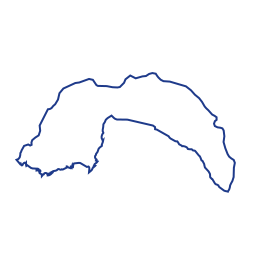 SVG path tracing the border of Antalya, rotated 4°
{"feature_id": "TUR-2271", "entity_name": "Antalya", "entity_type": "Province", "adm_level": 1, "iso_a3": "TUR", "parent_name": "Turkey", "parent_adm1": "", "projection": "equal_earth", "projection_center": [30.734, 36.761], "detail": "fine", "context": "isolated", "style": "outline", "palette": "blue", "viewbox_px": 256, "rotation_deg": 4, "n_neighbors": 0, "source": "natural_earth", "source_scale": "10m", "svg_char_len": 3553}
<svg xmlns="http://www.w3.org/2000/svg" viewBox="0 0 256 256"><g transform="rotate(4 128 128)"><path d="M232.1,184.5L231.8,184.4L229.5,184.1L228.3,183.8L223.4,180.7L222.7,180.0L222.2,179.0L221.1,178.4L219.8,178.1L218.7,177.4L215.7,173.1L215.1,173.0L214.9,172.6L213.7,171.7L213.4,171.2L213.1,168.8L212.9,168.0L211.4,165.7L207.5,162.0L206.7,159.6L206.6,158.9L206.3,158.3L205.6,157.2L204.8,155.9L204.6,155.6L203.8,155.3L203.6,155.2L202.4,152.6L201.6,151.2L200.7,150.6L196.7,146.3L196.2,146.0L195.7,145.9L195.0,145.9L194.3,145.8L193.8,145.4L193.4,145.0L193.0,144.8L190.4,144.9L189.1,144.7L188.6,143.8L187.8,143.1L186.2,142.5L184.4,142.2L183.3,142.4L182.7,141.8L180.2,140.7L178.9,138.8L178.1,137.9L177.3,138.0L176.0,137.8L171.1,135.5L170.0,134.6L169.1,133.4L156.9,127.6L155.1,127.3L154.9,125.2L152.7,123.8L126.9,119.7L116.4,120.3L114.6,119.8L113.3,119.0L110.7,116.8L107.0,119.5L105.3,121.3L104.4,123.9L103.5,125.4L103.2,126.1L103.2,128.7L102.9,131.5L103.0,133.0L103.7,134.3L103.7,134.8L103.1,135.5L102.8,136.2L102.5,137.1L102.3,138.3L102.4,139.8L102.8,140.7L103.3,141.4L103.6,142.4L104.1,141.8L103.9,143.6L103.0,146.6L103.2,147.6L101.0,149.6L100.1,150.9L99.3,153.9L97.9,156.2L97.9,157.0L97.1,158.4L97.2,159.8L97.9,161.0L98.8,161.6L98.3,162.8L100.0,163.4L99.1,164.7L97.3,166.3L96.6,168.0L97.0,168.0L97.3,167.7L97.5,167.9L97.9,168.0L97.3,168.7L96.4,169.5L95.6,170.3L94.9,172.2L94.0,173.3L92.2,175.0L92.3,171.4L92.0,169.9L91.3,169.2L89.7,169.7L82.9,166.3L81.6,166.2L76.7,167.1L76.1,167.9L75.9,169.1L75.8,170.9L75.4,170.9L75.4,170.4L75.0,169.2L74.6,170.8L74.6,171.5L73.7,170.9L73.7,171.5L73.6,172.1L71.2,171.5L70.8,171.3L70.3,170.8L69.6,170.5L68.8,170.9L70.1,170.9L70.1,171.5L65.8,174.0L64.8,173.8L64.0,174.3L63.3,174.3L62.6,174.0L61.7,173.8L61.2,173.9L60.8,174.1L60.0,175.0L58.9,175.6L56.5,176.2L55.6,176.8L55.8,176.8L56.0,176.9L56.1,177.0L56.0,177.4L55.4,177.4L53.8,177.9L53.8,178.5L55.1,178.5L54.3,179.4L53.3,180.2L52.3,180.7L51.2,180.9L51.2,180.2L51.5,180.0L51.7,179.7L51.9,179.4L52.1,179.1L51.2,179.2L51.0,179.3L50.7,179.7L50.0,178.8L49.2,178.6L48.4,178.7L47.7,179.1L47.5,179.4L47.4,179.8L47.2,180.1L46.5,180.2L46.5,180.5L45.4,182.0L45.2,180.3L43.0,179.2L42.3,177.4L43.2,177.9L43.6,177.4L43.5,176.6L43.0,176.2L39.7,176.8L39.7,176.2L40.3,175.9L40.9,175.6L41.6,175.5L42.3,175.6L40.9,174.9L35.7,175.0L34.0,174.6L30.0,172.1L29.2,172.9L28.9,172.1L28.7,169.8L28.3,170.4L28.1,170.3L27.8,169.9L27.4,169.8L26.8,170.1L26.5,170.3L26.4,170.5L26.0,170.9L25.7,171.4L25.5,172.0L25.2,172.5L24.7,172.7L24.1,172.3L23.7,171.5L23.4,170.9L22.9,171.5L19.0,167.5L20.8,166.6L22.0,164.9L22.4,162.6L22.4,161.5L22.4,160.5L23.0,159.3L23.4,157.8L25.6,153.1L29.6,151.4L31.6,152.3L33.0,151.5L32.7,149.2L33.3,146.8L36.2,144.0L39.4,141.6L40.6,136.9L39.7,131.7L46.8,114.9L48.7,114.5L50.3,113.5L51.9,111.2L53.7,109.4L56.2,104.5L57.2,98.1L60.8,93.1L72.3,86.8L76.2,86.0L85.7,81.8L89.6,82.4L93.5,87.4L95.0,88.1L103.9,87.7L109.7,88.4L114.6,88.3L117.0,87.7L120.9,83.2L122.1,79.6L126.6,75.5L132.2,77.9L138.8,75.5L142.3,74.9L145.3,72.6L148.5,71.5L151.9,71.9L153.3,73.8L154.8,75.5L157.3,77.6L160.1,78.8L166.5,78.8L182.9,82.4L188.2,86.0L192.4,90.1L196.9,93.3L200.1,96.9L203.0,101.2L204.8,103.0L206.7,104.5L211.0,108.7L213.5,109.8L215.6,111.1L215.8,113.7L214.2,115.1L213.5,117.7L214.5,120.0L217.3,121.1L220.2,121.3L222.2,121.8L223.6,123.8L224.7,129.5L224.3,135.3L226.5,141.4L229.2,147.1L230.9,149.5L233.1,151.1L235.7,152.5L237.0,155.3L236.4,160.3L236.8,169.6L235.8,173.7L234.8,175.8L233.9,178.1L233.7,180.3L233.2,182.3L232.3,183.9L232.1,184.5Z" fill="none" stroke="#1e3a8a" stroke-width="2"/></g></svg>